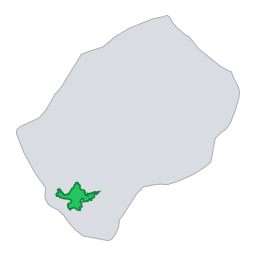 Lithipeng, Mohale's Hoek, Lesotho (highlighted)
{"feature_id": "5366337B6317633557829", "entity_name": "Lithipeng", "entity_type": "district", "adm_level": 2, "iso_a3": "LSO", "parent_name": "Lesotho", "parent_adm1": "Mohale's Hoek", "projection": "albers", "projection_center": [27.697, -30.239], "detail": "fine", "context": "in_parent", "style": "filled", "palette": "green", "viewbox_px": 256, "rotation_deg": 0, "n_neighbors": 0, "source": "geoboundaries", "source_scale": "gbopen_adm2", "svg_char_len": 5679}
<svg xmlns="http://www.w3.org/2000/svg" viewBox="0 0 256 256"><path d="M176.3,181.9L167.8,184.5L166.6,184.7L161.1,184.1L153.8,184.7L148.1,186.1L143.6,186.6L136.3,194.3L123.0,215.2L119.5,219.6L118.5,227.8L115.4,234.3L111.7,239.4L108.1,240.6L97.1,238.6L83.1,236.0L74.9,229.6L67.7,221.3L63.8,215.3L59.8,212.0L58.4,210.1L52.7,207.4L50.5,205.9L48.6,204.9L46.3,200.9L44.9,197.4L45.5,187.7L41.4,181.9L34.4,172.0L30.0,163.9L24.0,152.9L20.3,143.5L16.4,133.7L16.9,129.4L20.5,126.5L31.2,121.6L39.4,117.7L45.4,110.7L51.8,100.2L55.0,93.9L58.1,91.1L61.6,86.6L67.6,76.8L74.3,65.9L81.5,54.2L90.6,50.8L103.0,46.9L115.0,36.8L129.3,28.2L152.3,19.0L163.1,16.7L167.1,15.4L169.7,17.1L172.4,22.5L176.3,27.0L185.3,34.9L189.1,36.8L198.3,48.5L208.2,56.5L219.6,65.7L227.4,70.4L231.3,71.7L234.5,79.8L237.8,85.9L239.6,91.5L239.1,97.0L235.3,110.3L229.9,123.9L225.6,129.5L220.4,133.1L215.3,138.4L213.2,149.3L210.8,162.2L204.2,167.5L199.0,170.9L191.9,175.1L176.3,181.9Z" fill="#d9dde1" stroke="#a8b0b8" stroke-width="1"/><path d="M88.6,200.4L88.9,200.0L89.0,199.8L89.0,199.2L89.2,198.8L89.5,198.8L89.9,199.0L90.3,199.8L90.7,200.3L90.9,200.4L91.3,200.4L91.7,200.1L91.8,199.6L91.7,199.0L91.5,198.3L91.5,198.0L91.7,197.8L91.9,197.7L93.0,197.9L93.5,197.8L93.8,197.7L94.0,197.5L94.4,197.1L94.5,196.7L94.5,196.1L94.6,195.0L94.6,194.8L94.5,194.5L94.5,193.9L94.6,193.7L94.8,193.4L95.1,193.2L95.6,193.1L95.9,193.4L96.2,194.2L96.5,194.4L97.5,193.4L98.2,192.9L98.5,192.5L98.9,192.0L99.2,191.7L98.7,191.8L98.1,191.7L97.8,191.7L97.3,192.2L97.1,192.3L96.7,192.3L96.4,192.3L95.6,191.9L95.0,191.9L94.4,192.1L93.5,192.0L93.3,192.1L93.2,192.3L92.7,192.6L92.6,193.1L92.6,193.3L92.5,193.6L92.4,193.7L92.1,193.8L91.9,194.0L91.7,193.8L91.6,193.4L91.4,193.5L91.2,193.4L91.2,193.2L90.8,193.4L90.1,193.2L89.8,193.4L89.8,193.6L89.2,193.6L89.1,193.8L88.7,193.6L88.2,193.6L87.6,193.5L88.2,194.1L87.9,194.3L88.0,194.5L88.1,194.8L87.9,194.9L87.7,194.9L87.5,195.0L87.6,195.5L87.4,195.5L86.6,195.9L86.4,195.8L86.3,195.7L86.5,195.5L86.4,195.2L86.6,195.1L86.8,194.9L86.6,194.8L86.3,194.9L86.1,194.8L85.1,194.5L84.9,194.4L84.5,194.1L84.5,193.9L84.9,193.5L84.9,193.4L85.1,193.2L84.9,192.8L84.9,192.6L84.6,192.5L84.7,192.3L84.8,192.2L85.0,191.9L84.9,191.6L84.6,191.3L84.6,191.1L84.6,190.8L84.7,190.7L84.5,190.4L84.3,190.3L83.9,190.4L83.7,190.2L83.3,190.1L83.0,190.0L82.9,190.1L82.4,190.0L82.1,190.1L82.0,189.9L81.7,189.8L81.4,189.5L81.2,189.5L81.1,189.4L80.5,189.1L80.3,188.8L80.2,188.7L80.1,188.4L79.8,187.9L79.9,187.7L80.1,187.3L80.1,187.0L80.0,186.1L80.1,185.8L80.1,185.7L80.1,185.4L79.8,185.3L79.6,185.1L79.4,185.0L79.4,184.9L79.2,184.8L79.1,184.7L78.9,184.4L78.8,184.5L78.6,184.3L78.4,183.9L78.2,183.9L78.3,183.8L78.3,183.7L78.0,183.3L78.2,183.0L78.2,182.8L77.0,182.5L76.7,182.4L76.2,182.6L76.0,182.8L75.7,182.9L75.6,183.7L75.1,184.1L74.8,184.3L74.6,185.0L74.4,185.1L74.1,185.8L73.9,186.3L73.9,186.7L73.9,186.9L73.7,187.5L73.2,187.8L73.0,188.0L72.5,188.1L72.2,188.4L72.2,188.6L71.9,188.6L71.7,188.7L71.5,188.9L71.5,189.1L71.6,189.5L71.5,189.8L70.6,190.5L70.4,191.0L70.3,191.4L70.1,191.5L69.9,192.1L69.7,192.2L69.2,192.8L68.7,193.4L68.8,193.7L69.0,194.0L68.5,194.6L68.3,194.4L67.8,194.3L67.3,194.0L67.0,194.2L66.7,194.4L66.0,194.7L65.8,194.7L65.6,195.0L65.2,195.1L65.0,195.5L64.8,195.5L64.7,195.4L64.4,195.2L64.2,195.0L64.0,194.8L64.0,194.7L63.9,194.6L63.9,194.2L63.7,194.0L63.4,194.2L62.8,193.7L62.6,193.4L62.5,193.0L62.6,192.6L62.4,192.5L62.1,192.6L61.9,192.3L61.7,192.3L61.7,192.2L61.4,192.0L61.4,191.9L61.5,191.7L61.0,191.6L60.9,191.5L60.9,191.4L60.9,190.8L60.8,190.7L60.8,190.4L60.7,190.3L60.6,190.1L60.3,189.5L59.9,189.2L59.0,188.9L59.0,189.0L58.5,189.1L58.1,189.5L57.9,189.6L57.5,190.4L57.8,190.8L58.5,190.8L58.7,191.0L58.9,191.1L58.8,191.4L58.7,191.7L58.9,192.0L58.9,192.4L58.5,192.9L57.9,193.1L57.7,192.9L57.2,193.1L56.7,193.2L56.6,193.4L56.5,193.5L56.5,193.8L56.4,194.0L56.2,194.3L56.3,194.6L56.2,194.7L56.3,195.1L56.2,195.2L56.2,195.3L56.4,195.4L56.4,195.5L56.5,195.8L56.6,196.0L56.9,196.1L57.2,196.1L57.3,196.2L57.5,196.1L57.7,195.8L58.0,195.9L58.2,196.0L58.4,196.0L58.5,196.3L58.9,196.5L59.0,196.5L58.9,196.4L59.2,196.4L59.4,196.6L59.5,196.7L60.0,197.1L60.0,197.5L60.4,197.5L60.6,197.6L61.3,197.7L63.4,198.4L63.5,198.3L64.0,198.7L65.2,198.8L65.3,198.6L65.9,198.6L66.0,198.5L66.3,198.5L66.5,198.4L66.8,198.7L67.0,198.7L67.3,199.0L68.2,199.0L68.7,199.1L69.3,199.5L69.7,199.6L69.8,199.7L70.4,199.8L70.8,199.7L71.0,200.2L71.3,200.5L71.4,200.8L71.5,201.2L71.6,201.5L71.3,201.8L71.3,202.3L71.1,202.3L71.1,202.5L70.8,202.8L70.4,203.0L70.2,203.0L69.2,203.1L68.9,203.3L68.7,203.3L68.8,203.6L68.6,203.9L68.6,204.1L68.4,204.2L68.4,204.5L68.3,204.4L68.1,204.4L68.2,204.6L67.7,204.9L67.7,205.2L67.8,205.3L67.8,205.6L68.0,206.0L67.9,206.2L68.0,206.4L68.0,206.5L67.9,206.8L68.1,207.3L68.5,207.9L68.7,208.0L68.8,208.2L69.0,208.3L69.0,208.5L69.5,208.7L69.4,208.8L69.4,209.0L69.4,209.3L69.5,209.4L70.1,209.8L70.3,209.9L70.5,209.6L70.8,209.1L71.6,208.5L72.7,207.9L73.5,208.0L73.9,207.6L74.2,207.6L74.4,207.7L74.9,207.9L75.2,208.1L75.4,208.2L76.2,209.0L76.5,209.2L76.7,209.6L77.1,209.6L77.4,209.8L78.1,210.1L79.1,210.2L79.9,210.4L80.1,210.3L80.5,209.5L80.5,209.2L80.4,208.9L80.2,208.7L79.7,208.4L79.4,208.1L79.3,207.8L79.4,207.5L80.7,207.0L81.0,207.0L81.5,207.1L81.8,206.9L81.8,206.5L82.0,206.4L82.0,205.9L81.3,205.3L81.2,205.0L81.2,204.5L81.6,204.0L81.6,203.8L81.8,202.9L81.6,202.1L81.2,201.9L80.5,202.0L80.1,201.8L79.9,201.5L80.1,201.2L80.5,200.8L80.7,200.3L80.9,199.8L81.4,199.4L82.2,198.6L82.5,198.5L82.8,198.4L83.1,198.7L83.3,198.9L83.1,200.9L83.2,201.2L83.4,201.5L83.6,201.6L84.1,201.7L85.2,201.6L85.7,201.4L86.0,201.0L86.5,200.8L86.9,201.2L87.4,201.3L87.8,201.4L88.1,200.8L88.6,200.4Z" fill="#22c55e" stroke="#15803d" stroke-width="1.5"/></svg>